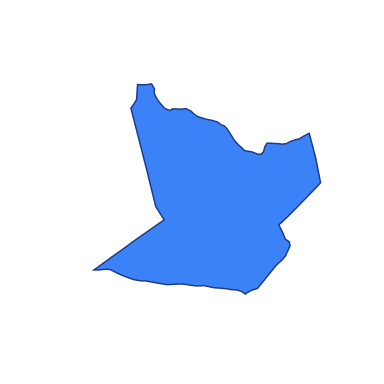 outline of Junqueiro, Alagoas, Brazil, rotated 135°
{"feature_id": "56859067B20024464434808", "entity_name": "Junqueiro", "entity_type": "district", "adm_level": 2, "iso_a3": "BRA", "parent_name": "Brazil", "parent_adm1": "Alagoas", "projection": "robinson", "projection_center": [-36.435, -9.874], "detail": "fine", "context": "isolated", "style": "filled", "palette": "blue", "viewbox_px": 384, "rotation_deg": 135, "n_neighbors": 0, "source": "geoboundaries", "source_scale": "gbopen_adm2", "svg_char_len": 1486}
<svg xmlns="http://www.w3.org/2000/svg" viewBox="0 0 384 384"><g transform="rotate(135 192 192)"><path d="M226.4,82.1L222.3,81.4L218.8,80.1L214.0,77.5L184.4,80.6L176.2,80.3L170.9,80.7L167.9,82.0L163.8,83.4L160.6,84.7L158.4,88.1L159.4,92.6L156.5,99.3L153.9,107.4L148.4,107.0L129.5,107.0L103.1,107.3L94.5,107.7L80.6,128.4L67.6,150.6L72.8,152.3L78.7,153.8L82.5,156.1L86.6,158.1L91.2,159.5L94.8,162.5L96.9,165.4L99.5,168.1L102.0,171.0L104.5,173.5L108.7,172.4L112.7,170.0L116.7,169.8L118.9,172.6L121.3,178.0L125.4,183.8L125.6,188.3L125.8,192.6L125.5,198.9L124.3,203.7L122.6,211.6L122.4,215.7L123.8,218.9L124.5,223.5L127.0,228.2L130.4,233.3L132.3,236.7L134.8,241.7L135.5,245.9L135.5,249.8L137.3,255.3L141.3,258.3L144.7,262.3L147.1,264.6L150.1,265.3L152.2,270.4L151.8,277.3L150.9,282.7L149.2,288.1L145.6,291.5L144.2,297.0L150.2,301.7L154.5,306.5L165.8,296.6L169.6,295.5L175.9,294.5L210.4,236.2L212.6,232.7L228.0,207.2L231.4,192.0L248.3,195.0L257.7,196.7L270.8,198.9L274.9,199.5L280.6,200.4L290.7,202.1L316.4,206.2L312.7,202.5L307.7,198.5L304.6,194.8L303.4,191.1L302.4,187.9L300.8,183.6L298.8,179.0L297.1,175.4L295.3,171.5L292.5,167.4L290.3,164.6L287.9,162.2L285.4,158.6L282.7,154.7L280.2,151.1L278.3,148.5L274.9,143.9L271.4,140.7L268.2,137.9L264.6,134.5L262.4,131.9L260.1,128.8L258.2,126.2L255.6,122.8L252.6,119.9L249.6,117.2L247.3,113.7L245.5,110.7L243.4,107.9L240.1,104.2L235.9,99.1L232.8,94.6L229.8,91.3L227.5,87.4L226.4,82.1Z" fill="#3b82f6" stroke="#1e3a8a" stroke-width="1.5"/></g></svg>